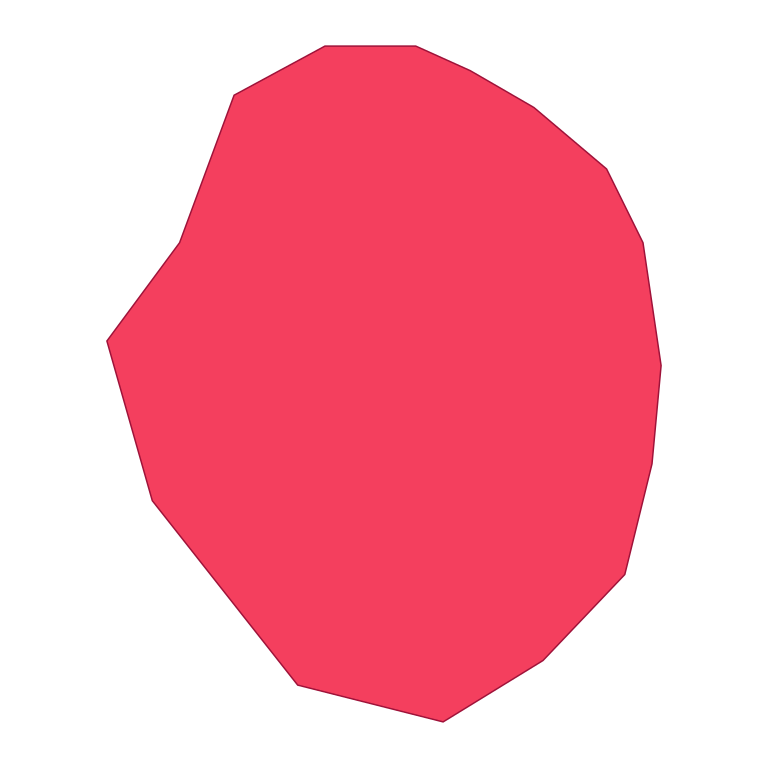 Bena-Dibele, Kasaï-Oriental, Democratic Republic of the Congo (Equal Earth projection)
{"feature_id": "63176286B9358277012481", "entity_name": "Bena-Dibele", "entity_type": "district", "adm_level": 2, "iso_a3": "COD", "parent_name": "Democratic Republic of the Congo", "parent_adm1": "Kasaï-Oriental", "projection": "equal_earth", "projection_center": [22.911, -4.227], "detail": "fine", "context": "isolated", "style": "filled", "palette": "rose", "viewbox_px": 768, "rotation_deg": 0, "n_neighbors": 0, "source": "geoboundaries", "source_scale": "gbopen_adm2", "svg_char_len": 332}
<svg xmlns="http://www.w3.org/2000/svg" viewBox="0 0 768 768"><path d="M179.6,242.7L106.9,341.0L152.3,500.7L297.7,685.1L443.1,721.9L543.0,660.5L624.8,574.5L652.0,463.9L661.1,365.6L643.0,242.7L606.6,169.0L533.9,107.5L470.3,70.7L415.8,46.1L324.9,46.1L234.1,95.2L179.6,242.7Z" fill="#f43f5e" stroke="#9f1239" stroke-width="1.5"/></svg>